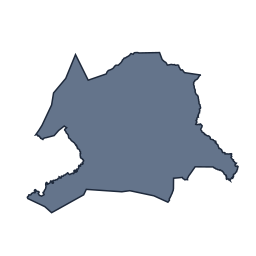 Juticalpa, Olancho, Honduras, rotated 175°
{"feature_id": "27666195B18258905744745", "entity_name": "Juticalpa", "entity_type": "district", "adm_level": 2, "iso_a3": "HND", "parent_name": "Honduras", "parent_adm1": "Olancho", "projection": "mercator", "projection_center": [-86.362, 14.531], "detail": "fine", "context": "isolated", "style": "filled", "palette": "slate", "viewbox_px": 256, "rotation_deg": 175, "n_neighbors": 0, "source": "geoboundaries", "source_scale": "gbopen_adm2", "svg_char_len": 5600}
<svg xmlns="http://www.w3.org/2000/svg" viewBox="0 0 256 256"><g transform="rotate(175 128 128)"><path d="M173.9,205.7L185.7,182.8L199.1,169.4L202.1,157.6L213.4,138.2L217.2,133.2L220.6,129.2L219.9,129.3L218.9,129.0L218.4,127.9L217.8,128.1L217.5,127.6L216.9,127.4L216.5,126.4L216.0,125.9L215.9,125.3L214.9,125.0L214.7,124.6L213.8,124.0L213.5,124.5L213.1,124.7L212.4,125.3L211.3,125.5L210.5,125.5L202.2,126.9L197.3,131.6L191.4,135.5L189.1,133.6L191.2,132.1L191.3,131.5L190.3,130.0L189.9,128.5L188.9,127.5L188.1,125.9L188.0,123.9L187.8,123.2L187.4,122.7L186.4,122.1L185.7,120.6L184.7,119.6L184.2,119.3L183.5,118.5L182.8,118.0L181.6,115.8L180.9,115.5L180.8,115.2L181.2,115.0L180.5,114.1L180.4,113.3L180.0,113.1L180.2,112.2L180.1,111.9L178.8,111.1L178.2,110.4L178.1,109.3L177.4,108.4L177.6,108.0L177.4,106.9L177.9,106.5L177.7,106.2L178.0,105.4L178.0,104.0L177.7,103.5L177.8,103.3L177.9,102.6L177.7,102.3L176.6,101.6L176.2,101.1L176.0,100.6L175.5,100.5L175.4,99.9L175.0,99.2L175.6,98.2L176.6,97.5L176.6,97.1L176.0,96.6L175.9,96.3L176.6,95.8L178.2,96.1L178.6,95.6L178.5,94.3L178.7,94.1L179.1,94.1L179.9,94.8L180.2,94.9L180.6,94.0L180.5,93.2L180.9,91.8L181.4,91.5L182.4,91.6L182.7,91.3L182.7,90.7L182.2,89.9L182.3,89.4L183.1,88.7L183.8,88.6L184.4,88.6L184.5,88.9L183.9,89.7L183.8,90.4L184.2,90.6L185.1,90.5L185.7,89.9L185.5,89.0L185.9,87.5L186.1,87.3L186.7,87.4L187.2,87.8L187.5,87.8L187.9,87.5L189.1,87.2L189.8,86.7L190.3,86.7L191.2,87.5L191.8,88.5L192.2,88.6L192.9,87.8L194.1,87.3L194.7,86.7L196.0,86.6L196.6,85.7L197.3,85.6L198.1,85.9L198.5,85.8L198.7,85.3L198.7,84.6L199.1,84.0L199.8,84.1L200.3,85.1L200.9,85.4L200.9,84.5L201.1,84.2L201.4,84.0L202.0,83.9L202.8,82.8L203.3,82.7L204.1,82.9L205.0,82.2L206.5,82.4L207.3,82.2L207.5,81.9L207.6,81.4L207.0,80.5L207.1,79.9L207.5,79.5L208.0,79.5L208.5,79.9L208.8,81.5L209.3,82.0L209.6,82.0L209.9,81.7L210.2,80.6L210.5,80.2L211.3,79.7L212.2,79.5L212.6,79.0L213.0,78.8L213.4,79.0L213.3,80.0L213.4,80.6L213.7,80.9L214.1,80.8L214.6,80.2L214.9,79.2L214.9,78.2L214.8,76.9L215.4,74.7L215.8,74.1L216.8,73.0L217.1,71.8L218.0,71.4L218.3,71.2L218.3,70.8L217.6,69.7L217.4,69.0L217.9,68.5L218.9,68.3L220.0,67.6L220.9,68.1L222.1,68.6L223.1,70.5L222.2,71.6L222.3,72.3L223.1,72.7L224.4,73.0L224.9,73.5L225.3,74.4L225.8,74.7L226.4,74.4L226.7,73.9L226.6,73.4L226.0,72.6L226.0,72.1L226.2,71.7L226.6,71.6L228.0,72.0L229.0,71.3L229.9,71.2L230.2,70.3L230.5,70.0L231.3,69.8L232.3,70.1L232.7,70.0L233.3,68.5L233.9,68.3L234.3,67.9L234.3,67.4L233.9,66.4L217.7,56.9L211.5,50.3L178.0,65.3L174.9,70.5L139.7,65.0L131.7,65.4L108.1,58.2L94.7,50.6L93.0,52.4L93.0,52.7L93.1,53.4L92.9,54.2L92.1,54.9L92.1,55.3L91.2,56.5L91.0,57.1L89.7,59.2L89.1,60.7L88.5,61.7L88.0,63.7L87.0,74.0L78.2,74.0L77.6,72.8L76.8,72.3L75.9,71.4L74.4,71.6L73.2,71.3L73.1,72.9L72.1,74.2L71.6,75.2L70.6,76.2L64.5,83.5L46.8,81.8L45.9,81.2L45.6,80.6L44.9,80.5L43.9,79.5L43.0,79.3L41.9,78.5L40.7,78.4L40.4,78.0L40.1,78.2L39.4,78.1L39.2,77.6L38.7,77.1L37.7,76.8L37.3,76.2L37.1,75.8L37.1,75.6L36.8,75.4L36.4,74.8L36.4,74.1L35.4,73.0L34.8,72.7L34.7,72.2L34.3,72.2L34.2,71.2L34.5,70.8L34.0,70.4L34.5,68.9L34.2,68.3L33.0,68.6L32.0,68.4L32.2,67.6L31.5,67.3L30.7,66.5L30.9,67.3L30.9,67.5L29.4,68.7L29.1,69.3L28.8,69.3L28.7,68.8L28.2,68.7L28.0,69.2L27.7,69.4L27.5,69.9L27.1,70.3L27.1,70.5L27.7,70.5L27.0,71.4L27.1,72.2L26.4,72.7L26.3,73.0L25.3,73.3L24.5,74.5L23.6,75.0L23.3,76.1L23.0,76.5L22.9,76.9L22.5,77.5L22.2,79.1L21.7,79.7L21.8,80.1L22.2,80.5L22.8,80.7L23.4,80.3L24.1,80.5L24.4,80.8L24.6,81.3L24.4,82.6L23.7,82.8L23.1,83.5L24.2,83.9L24.6,84.4L25.1,85.3L25.8,85.6L25.9,86.0L25.7,87.0L25.9,87.2L26.6,87.3L27.5,89.1L28.0,89.5L27.9,89.9L27.1,90.8L27.5,91.3L27.6,91.7L27.0,93.0L27.1,93.3L27.3,93.4L28.0,93.4L30.0,93.3L31.6,93.6L33.5,93.7L33.7,93.8L33.5,94.6L33.6,94.9L34.7,95.3L35.6,95.2L36.0,95.5L36.2,95.9L36.2,96.9L36.7,97.5L36.7,98.2L38.1,99.4L39.2,99.7L39.1,100.4L39.7,101.6L39.8,102.8L39.9,103.3L41.2,104.5L41.6,105.8L42.0,105.6L42.3,105.7L42.3,106.1L41.7,106.6L41.8,107.2L42.5,107.4L43.9,108.2L44.1,108.8L44.5,109.0L46.7,109.7L47.0,110.2L46.9,111.4L47.6,112.5L48.6,113.2L49.4,113.2L50.8,114.0L51.3,114.8L52.3,114.9L52.3,115.7L53.4,116.9L54.1,117.1L54.7,117.7L54.7,118.4L55.6,119.9L55.7,120.3L55.4,121.0L54.5,122.2L53.9,123.7L55.3,125.6L55.8,125.8L56.3,125.2L56.6,125.2L57.0,125.2L57.7,125.6L58.8,125.3L60.2,125.7L59.6,126.9L58.9,127.8L59.3,128.2L59.0,128.8L59.5,129.7L58.6,130.3L58.6,131.4L58.1,132.3L57.6,133.0L57.0,132.8L57.2,134.5L56.8,134.5L56.6,135.3L56.1,136.6L55.4,136.9L55.5,137.6L54.9,138.9L55.1,139.3L55.0,140.3L55.2,140.6L54.1,141.3L53.9,141.8L54.3,144.4L54.2,144.8L54.9,145.7L55.1,146.2L55.1,147.0L54.9,147.7L55.3,148.9L55.1,149.6L55.4,151.5L55.3,152.8L55.6,153.4L55.8,154.4L57.0,155.3L57.3,156.0L57.5,156.7L57.9,157.5L57.8,158.2L58.0,158.8L57.7,159.9L58.4,161.8L58.5,162.5L58.4,163.2L58.5,164.3L58.8,165.0L58.9,165.9L58.6,166.6L58.7,167.5L58.4,168.0L57.5,168.7L57.2,169.6L55.0,170.5L53.9,171.6L52.4,173.7L52.0,174.1L50.8,174.4L66.8,178.2L67.6,179.2L68.7,181.1L69.1,181.3L69.9,181.0L70.6,181.4L71.3,183.3L71.8,184.1L72.2,186.1L72.7,186.3L73.5,186.5L74.5,186.3L75.4,186.4L76.0,187.1L77.6,187.1L79.4,187.6L83.1,187.2L83.4,187.3L84.0,189.0L84.6,190.0L86.1,191.1L88.0,193.2L90.0,200.4L110.7,201.8L111.6,202.3L114.4,202.5L115.0,202.4L115.3,202.3L116.5,201.0L118.5,201.9L119.1,201.4L120.0,200.4L121.4,199.5L123.4,198.7L124.3,198.1L125.8,197.9L126.9,196.6L127.6,196.2L128.0,195.3L129.1,193.9L132.2,191.4L134.3,191.6L134.8,191.5L135.9,190.7L136.7,189.8L137.0,189.3L138.1,188.5L139.9,187.7L142.6,187.0L144.1,185.5L144.8,184.0L145.2,183.7L163.5,179.1L173.9,205.7Z" fill="#64748b" stroke="#1e293b" stroke-width="1.5"/></g></svg>